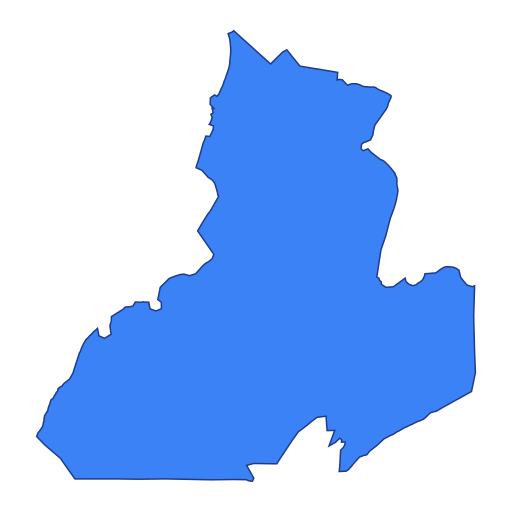 outline of Sagnerigu, Northern, Ghana
{"feature_id": "2480657B87566941811639", "entity_name": "Sagnerigu", "entity_type": "district", "adm_level": 2, "iso_a3": "GHA", "parent_name": "Ghana", "parent_adm1": "Northern", "projection": "natural_earth1", "projection_center": [-0.877, 9.486], "detail": "fine", "context": "isolated", "style": "filled", "palette": "blue", "viewbox_px": 512, "rotation_deg": 0, "n_neighbors": 0, "source": "geoboundaries", "source_scale": "gbopen_adm2", "svg_char_len": 5852}
<svg xmlns="http://www.w3.org/2000/svg" viewBox="0 0 512 512"><path d="M75.0,478.9L114.6,478.9L139.6,479.2L165.5,478.9L170.7,479.0L211.0,479.8L233.8,479.5L246.2,479.7L248.8,480.8L252.3,481.3L253.2,479.7L253.8,478.2L246.6,465.4L253.6,463.5L276.8,463.8L279.6,459.3L292.8,439.5L298.5,431.6L299.7,430.8L306.6,425.6L312.4,420.8L317.1,417.3L326.0,416.2L327.1,430.6L334.7,430.4L329.0,446.0L335.7,442.2L339.7,438.2L341.6,439.8L341.5,442.2L343.0,442.1L345.0,441.9L345.2,443.0L344.6,445.1L343.6,447.1L340.6,450.3L339.8,465.5L339.2,471.5L346.1,471.2L348.6,469.5L350.1,467.8L351.2,466.7L353.0,464.3L359.4,457.1L364.5,455.2L365.7,455.2L367.1,454.5L368.8,452.2L370.2,450.6L372.9,448.6L377.6,444.9L383.8,439.0L390.5,435.4L392.6,434.6L393.4,434.2L394.2,433.7L397.2,431.7L398.1,431.4L405.1,427.3L406.4,427.0L409.5,425.3L411.9,424.4L415.7,422.4L417.9,421.4L419.7,420.9L421.7,419.9L423.4,419.3L425.9,417.2L430.4,412.7L436.8,411.0L442.4,407.6L471.5,391.5L475.4,372.7L474.6,352.0L473.9,325.4L473.7,315.9L474.6,285.8L472.2,286.7L466.9,285.0L460.7,277.5L458.9,270.1L457.7,269.5L456.6,268.5L455.5,268.1L454.5,267.7L453.5,267.2L448.6,266.7L448.3,266.7L447.1,266.7L446.3,266.8L445.2,266.9L444.3,267.2L442.4,268.2L441.5,268.7L440.6,269.3L439.1,270.4L438.5,270.9L438.0,271.4L437.1,272.0L436.2,272.5L435.2,273.0L434.3,273.1L433.6,273.1L432.4,273.1L431.6,273.3L430.5,273.3L429.8,273.4L428.8,273.5L425.8,273.6L425.0,273.7L424.3,276.5L422.7,279.7L420.1,282.1L418.3,282.9L416.1,284.8L412.7,285.7L408.7,284.1L405.9,281.4L405.2,278.1L393.4,286.8L385.9,287.3L381.3,284.3L381.3,283.4L381.1,281.5L379.7,280.7L379.6,280.2L379.4,280.1L379.2,279.3L379.2,279.0L379.1,278.6L378.7,278.1L376.8,277.1L380.9,250.1L385.9,235.4L390.2,218.6L394.1,208.0L396.5,199.7L396.7,197.9L397.0,196.1L397.5,193.8L397.8,191.8L397.9,190.0L397.5,188.0L397.0,185.8L396.9,184.3L396.8,182.9L397.0,181.1L396.7,177.6L396.2,176.8L395.3,174.6L394.8,173.1L391.0,168.3L390.6,167.9L389.6,166.9L389.4,166.5L388.6,165.7L388.1,165.1L387.2,164.2L384.9,161.9L383.8,161.1L382.4,160.2L380.4,159.5L378.3,157.9L376.6,156.6L374.9,155.3L373.2,153.8L371.4,152.6L368.0,148.8L363.4,150.6L362.0,149.9L361.0,148.3L361.7,144.1L364.4,142.1L365.6,142.0L370.7,139.8L371.0,138.9L371.6,137.5L373.0,134.7L373.1,133.5L373.1,132.7L373.6,130.5L373.8,129.3L374.5,126.7L374.8,125.3L386.3,109.0L387.6,106.4L387.8,105.3L388.3,103.4L389.0,101.8L389.9,99.9L390.6,98.3L391.1,97.2L391.0,95.6L388.0,93.7L385.9,92.7L383.9,91.7L382.7,91.2L379.6,90.1L377.3,88.8L375.7,87.6L374.0,87.1L371.6,87.1L369.4,87.0L367.0,86.8L364.1,86.6L362.2,86.0L360.0,84.9L358.4,84.3L357.2,84.0L355.3,83.7L353.7,83.8L352.1,83.7L350.8,84.0L347.6,85.2L345.8,83.6L342.4,79.8L339.1,79.4L337.1,80.0L337.7,72.4L299.9,66.1L286.8,49.8L282.6,52.1L274.6,60.0L270.6,64.0L233.7,30.7L232.0,32.1L228.1,33.6L229.6,38.6L230.3,43.3L230.4,45.1L230.5,46.0L230.6,46.9L230.6,47.5L230.7,48.2L230.7,49.6L230.7,51.7L230.5,54.9L230.3,57.0L230.1,58.8L229.9,60.7L229.8,62.5L229.5,65.0L229.3,66.4L228.9,67.7L228.4,69.6L227.6,71.8L227.1,73.1L226.3,75.5L225.8,77.0L225.1,79.2L224.5,80.4L224.1,81.3L223.5,83.6L222.8,85.5L222.0,87.2L221.5,88.0L220.9,89.3L220.3,90.8L219.6,92.4L218.9,93.9L218.1,95.0L217.4,95.9L217.1,96.3L214.5,94.9L210.4,97.9L210.1,104.3L213.9,108.4L212.0,108.2L213.2,112.5L212.3,113.6L210.9,114.3L212.2,117.7L211.8,118.6L211.0,121.1L210.7,121.7L210.5,122.4L209.5,124.1L209.2,124.4L213.5,125.9L213.0,129.7L209.9,136.4L205.8,136.1L204.8,139.4L203.1,143.2L202.2,146.7L201.7,148.3L201.4,149.5L201.1,150.7L200.6,152.4L200.2,153.8L199.9,155.0L199.3,157.0L198.8,158.4L198.6,159.3L198.5,159.9L198.3,160.6L197.6,162.5L196.0,167.7L201.8,170.2L206.5,175.4L208.1,177.3L209.7,178.3L211.6,179.5L212.8,180.7L214.7,183.3L215.4,185.3L215.9,187.0L216.5,189.1L216.9,190.7L217.3,191.9L217.5,192.7L217.6,193.9L217.8,194.7L218.0,195.5L218.5,195.9L218.7,196.3L210.6,210.5L207.4,214.7L202.4,222.8L197.6,230.9L213.8,254.3L212.2,258.6L209.4,261.1L205.5,263.4L202.8,265.8L195.6,273.8L189.5,275.7L183.9,274.1L180.0,274.6L174.9,276.2L169.3,278.4L163.5,284.1L160.3,287.3L157.8,299.6L161.3,302.2L161.4,308.7L156.0,311.0L150.0,308.8L148.8,302.2L148.5,302.2L146.1,302.1L145.1,302.1L144.2,302.1L143.6,301.9L142.9,301.9L141.7,302.2L141.1,302.2L138.9,302.2L137.7,302.1L136.7,302.1L135.3,302.0L133.0,306.0L129.4,306.8L125.2,307.0L124.6,307.7L124.0,308.3L123.5,309.0L122.7,309.5L120.9,310.6L120.2,311.0L119.7,311.4L118.9,312.0L118.2,312.4L117.5,312.7L116.6,313.3L116.1,313.6L114.2,314.9L112.7,315.8L111.8,316.3L111.4,316.6L111.3,321.2L109.9,325.6L111.1,334.3L104.5,338.3L98.9,335.8L97.5,328.3L96.3,329.5L95.5,330.3L94.1,331.2L93.3,332.1L92.6,332.9L91.7,334.0L89.9,335.5L88.6,337.1L87.9,337.8L87.3,338.3L86.6,339.0L85.7,340.1L85.1,341.1L84.4,342.2L83.8,343.2L83.4,344.1L82.9,345.3L82.3,346.2L81.3,348.7L81.0,349.5L80.7,350.6L80.2,351.6L79.9,352.3L79.4,352.9L72.9,373.2L69.7,378.9L64.4,383.1L62.8,384.8L62.5,385.4L62.3,385.6L62.3,385.9L62.1,386.0L61.9,386.1L61.7,386.3L61.1,386.6L60.4,386.9L59.7,387.2L59.2,387.7L58.8,388.1L58.6,388.2L58.1,388.7L57.9,389.1L57.9,390.1L57.8,390.8L57.6,391.0L57.3,391.5L57.1,391.6L56.9,391.9L56.4,392.2L55.8,393.5L55.6,393.9L55.3,394.7L55.0,395.0L54.6,395.3L54.5,395.5L54.1,396.1L53.7,397.3L53.5,397.9L52.6,398.7L51.8,399.2L51.7,399.2L51.5,399.4L51.3,399.5L51.2,399.8L51.0,400.0L50.7,401.1L50.5,401.3L50.4,401.6L50.2,402.2L50.2,402.8L50.1,403.0L50.1,403.5L49.7,404.2L48.9,406.0L48.3,408.0L48.1,408.5L48.1,409.0L48.0,409.6L47.8,410.3L47.4,411.2L47.4,411.5L46.8,412.0L46.5,412.4L46.5,412.6L46.2,413.0L46.0,413.6L45.0,414.7L45.0,415.0L44.9,415.2L44.6,416.0L44.1,418.0L44.0,420.3L43.9,421.0L43.7,421.5L43.6,421.8L43.6,422.0L43.4,422.5L43.4,423.0L43.3,423.6L43.2,423.8L43.2,424.1L42.7,426.1L42.6,426.3L42.5,426.7L42.2,427.1L40.0,430.4L39.6,431.1L39.3,431.4L39.1,431.5L38.0,432.9L37.9,433.1L36.6,436.5L44.9,445.0L60.4,458.3L64.9,464.7L73.9,477.5L75.0,478.9Z" fill="#3b82f6" stroke="#1e3a8a" stroke-width="1.5"/></svg>